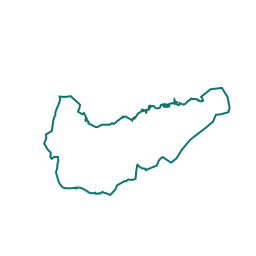 outline of Ål nor, Buskerud, Norway, rotated 124°
{"feature_id": "86288312B66646203611151", "entity_name": "Ål nor", "entity_type": "district", "adm_level": 2, "iso_a3": "NOR", "parent_name": "Norway", "parent_adm1": "Buskerud", "projection": "mercator", "projection_center": [8.363, 60.697], "detail": "fine", "context": "isolated", "style": "outline", "palette": "teal", "viewbox_px": 256, "rotation_deg": 124, "n_neighbors": 0, "source": "geoboundaries", "source_scale": "gbopen_adm2", "svg_char_len": 5289}
<svg xmlns="http://www.w3.org/2000/svg" viewBox="0 0 256 256"><g transform="rotate(124 128 128)"><path d="M193.6,106.2L193.4,105.3L190.2,104.7L186.0,104.1L181.9,105.1L173.6,101.0L173.2,99.7L170.8,99.2L168.6,95.4L165.9,93.3L159.4,96.9L153.4,99.7L153.2,99.5L153.4,99.2L153.5,99.2L154.0,99.2L154.2,98.9L153.3,99.1L153.4,98.6L153.4,98.2L153.5,97.9L153.7,95.4L153.7,94.7L153.7,94.4L152.1,90.7L153.0,89.7L150.4,88.0L148.6,86.9L143.0,83.1L142.9,83.2L142.5,83.3L142.2,83.3L141.8,83.4L141.3,83.4L140.1,83.8L137.6,84.2L135.2,83.9L134.2,83.6L132.7,83.1L132.6,73.2L132.0,72.5L130.2,72.2L126.2,70.8L116.1,71.2L104.0,70.0L99.9,68.9L99.7,68.8L93.3,66.7L84.9,63.8L75.1,61.1L67.9,62.5L64.4,58.4L58.9,53.7L54.5,55.0L46.7,62.7L42.3,72.6L49.7,81.2L61.2,84.8L62.3,82.5L63.2,81.1L64.0,81.1L64.2,81.4L64.4,81.9L64.9,82.1L65.1,82.5L65.6,83.6L65.7,84.0L65.6,84.4L66.0,84.9L66.0,85.2L65.6,85.9L65.6,86.4L65.5,86.7L66.0,87.4L66.0,87.7L66.2,88.1L66.5,88.4L66.8,89.1L67.2,89.4L67.4,89.7L67.4,90.1L68.0,90.9L68.1,91.2L68.2,91.3L68.2,91.9L68.3,92.2L68.6,92.4L70.4,92.4L71.0,92.6L72.1,93.6L73.2,93.5L73.8,93.6L75.5,93.9L76.2,94.2L76.8,94.6L77.5,95.2L77.8,95.8L78.0,96.2L78.4,99.2L80.5,98.5L80.6,98.8L80.6,99.2L80.9,99.5L81.1,100.0L81.1,100.3L80.9,100.7L81.1,101.5L81.1,102.2L81.5,102.5L81.9,102.6L81.9,102.8L81.5,102.9L81.7,103.4L81.7,103.8L81.6,104.0L81.3,103.9L81.2,103.6L81.3,103.4L80.9,103.2L81.0,103.1L80.6,102.7L80.6,102.2L80.3,102.2L80.0,102.2L80.1,102.6L79.9,102.6L79.7,102.3L79.5,101.8L79.3,101.8L79.5,102.5L79.8,102.9L79.7,103.6L79.9,103.9L79.4,104.5L79.1,104.8L78.7,104.9L78.5,105.3L78.7,105.2L79.0,104.9L79.4,104.8L79.8,104.1L80.1,103.9L80.3,103.4L80.5,103.6L80.5,103.8L80.9,103.8L81.1,103.9L81.3,104.1L81.8,104.4L82.2,104.5L82.5,104.7L82.6,105.0L82.8,105.1L82.8,105.3L82.9,105.6L83.3,105.9L83.5,105.9L86.0,107.9L86.2,107.6L86.3,107.5L86.5,107.4L86.6,107.5L87.2,107.9L87.4,108.0L87.4,107.8L87.3,106.7L87.2,106.7L87.2,107.0L86.9,106.4L86.7,106.1L86.8,106.0L87.3,106.3L87.4,106.2L88.6,107.4L88.5,107.6L89.7,109.2L89.8,109.3L89.9,109.6L90.0,109.9L90.1,110.0L89.9,110.2L90.0,110.4L89.9,110.6L90.0,110.8L89.9,111.0L89.7,111.0L89.2,110.5L88.7,110.2L88.4,109.7L88.0,109.8L87.9,109.7L88.1,109.3L88.2,108.9L88.1,108.6L87.9,108.7L87.8,109.0L87.6,109.0L87.2,109.6L87.8,110.6L87.9,110.8L87.9,111.1L88.0,111.1L88.7,110.9L88.8,111.2L89.0,112.0L88.8,112.1L88.9,112.4L89.5,112.4L90.6,113.6L92.5,113.0L93.1,112.9L93.4,113.0L93.9,113.3L95.3,114.8L95.8,115.6L96.0,116.1L96.1,116.4L96.0,117.0L95.4,118.6L95.5,119.2L95.6,119.4L96.2,120.0L96.3,120.0L96.6,120.1L96.9,120.4L97.0,120.4L97.1,120.7L97.0,120.8L96.9,120.8L96.9,121.2L96.9,121.3L97.3,121.5L97.5,121.7L97.4,121.8L97.3,121.7L97.2,121.6L97.0,122.0L97.3,122.3L97.5,122.2L97.9,122.7L98.6,122.7L98.8,122.3L99.0,122.3L99.0,122.1L98.9,121.7L99.0,121.7L99.1,121.2L99.3,121.1L99.8,121.6L100.1,121.3L100.3,121.2L100.4,121.3L100.7,121.3L100.8,121.5L101.0,121.6L101.1,121.4L101.0,121.1L101.3,121.0L101.5,121.6L102.5,122.7L102.7,122.4L102.8,122.4L103.5,122.5L103.5,122.2L104.0,122.0L104.5,121.6L105.2,121.6L105.2,121.8L104.9,122.0L103.7,122.9L103.5,123.0L105.6,125.1L104.4,125.3L104.9,126.7L106.7,126.2L108.3,126.7L110.1,127.8L112.3,127.8L114.1,127.7L114.3,127.8L114.3,127.7L114.5,127.7L114.4,127.8L114.6,127.9L114.6,128.0L115.1,128.3L115.3,128.5L115.7,128.5L115.8,128.6L116.0,128.4L117.0,128.3L117.0,128.5L117.6,128.8L117.6,129.1L118.2,129.0L118.3,129.0L118.5,129.0L119.4,128.7L119.3,129.1L119.4,130.8L119.4,131.8L119.6,132.9L119.8,134.6L119.7,135.9L120.0,136.8L121.2,137.7L122.5,138.1L122.5,138.3L121.8,138.2L121.6,138.4L121.2,138.6L120.6,138.5L123.2,139.1L126.2,140.0L128.2,140.7L131.2,141.6L132.9,142.3L132.8,142.8L132.8,143.2L132.9,143.4L132.8,143.6L132.9,143.9L133.3,144.1L133.9,144.3L134.2,144.6L134.4,144.7L134.6,144.8L134.8,144.9L135.2,144.7L135.3,144.8L137.0,147.2L139.6,151.2L141.3,152.3L143.8,153.5L144.8,154.5L145.3,155.5L145.7,158.5L145.8,159.6L146.0,161.1L146.3,161.8L146.3,162.2L146.2,162.7L146.2,163.6L145.3,163.8L145.3,164.1L144.9,164.7L144.9,165.0L144.6,165.4L144.9,166.1L144.9,166.4L144.9,166.6L144.9,167.0L145.0,167.3L145.4,167.1L145.6,167.1L145.4,167.6L145.0,168.0L143.6,168.0L143.4,168.3L143.2,168.2L143.1,167.9L140.2,172.9L142.2,173.6L142.4,178.5L141.5,178.9L139.0,179.3L135.7,180.6L135.3,182.0L134.9,184.3L134.9,185.0L133.7,193.4L136.8,196.7L138.4,199.1L140.2,202.3L141.2,201.4L141.9,200.3L145.6,199.2L146.2,199.1L148.7,198.3L150.8,198.1L153.6,197.5L156.5,196.6L157.6,195.5L159.8,195.3L161.8,194.8L163.8,194.0L170.1,191.0L170.1,190.9L170.2,190.7L170.3,190.7L170.4,190.8L173.2,189.5L179.3,192.5L182.1,190.0L187.7,188.8L190.7,182.8L191.1,180.9L191.6,178.4L193.3,177.2L194.6,176.5L194.8,176.6L195.2,176.5L195.7,175.2L196.2,174.0L193.3,173.1L191.2,169.9L194.1,167.4L198.0,166.1L200.0,164.6L205.2,162.8L211.0,155.8L211.7,154.8L212.5,153.3L213.6,149.9L213.7,148.0L211.0,143.1L207.4,138.6L207.2,138.4L207.1,138.2L207.3,137.6L207.2,137.4L207.1,137.0L206.6,137.0L206.2,137.3L205.1,135.7L204.3,134.4L204.2,134.3L204.1,133.2L203.5,131.0L203.3,128.3L203.3,124.8L203.2,124.3L203.3,124.3L203.2,123.5L203.1,122.7L201.0,119.7L200.5,119.2L200.1,119.0L200.6,118.3L200.2,117.5L199.0,116.1L198.3,115.6L198.2,115.2L198.4,115.0L198.2,114.6L196.8,114.0L195.3,113.6L195.2,111.3L194.9,111.2L194.1,108.8L193.9,106.9L193.6,106.2Z" fill="none" stroke="#0f766e" stroke-width="2"/></g></svg>